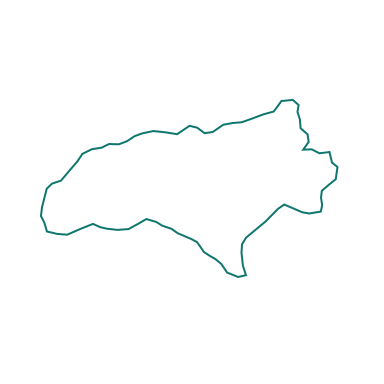 Canitar, São Paulo, Brazil (Natural Earth projection), rotated 51°
{"feature_id": "56859067B3303827607689", "entity_name": "Canitar", "entity_type": "district", "adm_level": 2, "iso_a3": "BRA", "parent_name": "Brazil", "parent_adm1": "São Paulo", "projection": "natural_earth1", "projection_center": [-49.789, -23.022], "detail": "fine", "context": "isolated", "style": "outline", "palette": "teal", "viewbox_px": 384, "rotation_deg": 51, "n_neighbors": 0, "source": "geoboundaries", "source_scale": "gbopen_adm2", "svg_char_len": 1133}
<svg xmlns="http://www.w3.org/2000/svg" viewBox="0 0 384 384"><g transform="rotate(51 192 192)"><path d="M247.4,60.0L242.1,68.6L234.1,72.2L229.1,78.9L226.5,69.8L219.9,65.9L210.9,67.5L203.3,62.4L196.1,59.6L191.5,54.4L183.9,55.7L177.6,65.2L180.9,77.8L176.6,87.6L172.3,100.5L169.0,109.6L164.1,116.8L159.4,125.4L158.4,138.2L154.2,145.2L145.3,147.5L139.0,152.3L137.7,167.2L129.3,174.7L120.2,183.8L115.2,193.6L112.5,201.4L111.6,210.7L108.9,218.8L102.5,226.3L100.7,234.3L95.7,242.9L93.4,253.2L96.1,261.8L98.0,272.4L100.7,286.7L97.4,295.5L98.0,302.8L109.5,318.2L115.6,324.5L122.8,326.0L131.4,329.6L139.9,323.0L146.6,315.9L150.9,300.5L154.5,289.0L161.5,285.5L167.0,281.2L174.6,273.7L180.9,264.6L182.9,253.5L184.3,244.5L192.8,238.6L199.5,236.3L207.7,231.1L214.9,229.1L228.4,222.0L234.1,219.6L246.3,220.5L253.3,218.2L258.9,216.0L266.4,214.5L276.7,215.4L287.0,209.7L290.6,202.4L281.3,198.8L270.4,191.8L264.2,186.1L261.5,178.7L261.2,153.4L259.2,135.7L259.8,128.2L277.1,119.1L282.4,114.5L288.3,104.2L284.0,99.0L277.7,95.4L272.8,90.4L272.5,81.6L272.5,72.2L264.1,63.2L257.3,64.7L247.4,60.0Z" fill="none" stroke="#0f766e" stroke-width="2"/></g></svg>